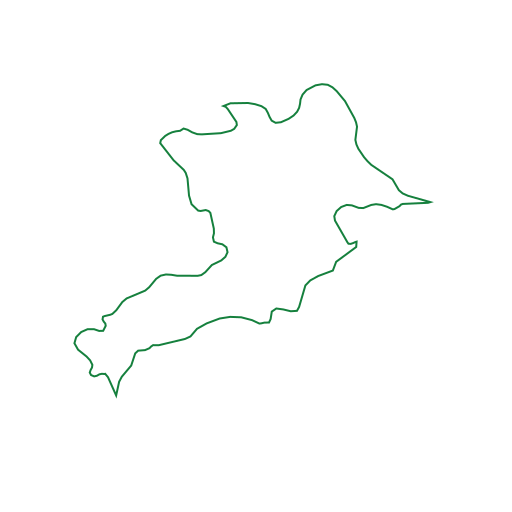 map outline of Lai Chau (Natural Earth projection), rotated 295°
{"feature_id": "VNM-453", "entity_name": "Lai Chau", "entity_type": "Province", "adm_level": 1, "iso_a3": "VNM", "parent_name": "Vietnam", "parent_adm1": "", "projection": "natural_earth1", "projection_center": [103.098, 22.339], "detail": "fine", "context": "isolated", "style": "outline", "palette": "green", "viewbox_px": 512, "rotation_deg": 295, "n_neighbors": 0, "source": "natural_earth", "source_scale": "10m", "svg_char_len": 2356}
<svg xmlns="http://www.w3.org/2000/svg" viewBox="0 0 512 512"><g transform="rotate(295 256 256)"><path d="M366.6,183.3L369.2,181.6L377.2,168.4L378.4,165.6L378.2,163.2L383.6,168.3L391.3,184.1L393.2,191.0L394.1,197.6L393.4,202.6L390.8,206.2L387.8,209.5L385.3,213.0L385.0,217.5L387.8,222.1L394.1,227.6L399.2,230.7L404.1,232.3L408.4,232.5L412.5,231.6L416.7,230.2L422.0,230.0L427.8,231.7L435.8,237.8L439.6,243.2L441.5,248.7L441.2,254.0L439.5,259.5L434.0,271.2L422.6,286.8L419.4,290.2L415.9,292.9L403.2,297.0L399.5,299.9L396.4,303.5L391.2,312.2L389.0,317.1L387.3,322.0L383.2,347.3L376.0,357.7L374.7,362.5L374.8,368.3L378.5,391.2L376.9,389.4L365.2,367.0L363.9,365.7L361.8,365.0L357.1,361.7L356.1,360.3L356.0,353.9L355.3,348.0L353.7,342.9L351.0,338.9L344.8,333.0L343.0,328.7L342.4,321.5L340.6,316.6L336.4,312.5L330.8,310.1L325.2,310.1L321.5,312.6L307.1,333.0L306.2,334.6L307.0,336.7L308.8,338.6L310.7,340.2L311.5,341.1L306.5,343.0L284.6,331.1L275.3,331.8L264.1,320.8L256.8,315.5L250.2,313.2L228.0,316.6L223.6,316.3L220.6,310.8L219.1,303.3L217.0,296.6L212.3,293.8L205.0,295.9L201.2,295.9L199.2,291.8L197.0,289.0L196.2,287.6L196.2,279.5L194.2,268.5L189.9,258.3L184.0,249.5L174.1,239.8L165.1,233.3L155.4,230.6L150.9,226.8L134.0,205.5L131.7,200.4L129.7,199.2L127.4,198.4L123.8,195.2L120.4,189.2L116.7,187.7L104.0,189.2L89.9,185.4L84.2,185.1L70.5,188.2L83.6,173.1L85.5,169.1L85.0,168.5L84.1,166.1L82.6,164.1L80.2,162.4L78.5,160.2L78.4,156.8L80.1,154.6L82.7,154.3L85.6,154.5L88.2,153.7L91.3,149.8L93.3,144.9L95.9,134.3L100.2,128.3L106.5,127.3L113.2,129.7L118.5,134.3L121.2,140.1L121.8,145.5L123.6,149.1L129.2,149.3L131.1,148.0L132.2,145.7L133.7,143.7L136.3,143.0L137.5,144.1L141.2,148.8L142.8,150.3L147.8,152.3L157.8,154.3L162.9,156.7L177.8,170.2L182.6,172.4L193.2,175.2L197.9,177.9L201.2,182.2L203.2,187.2L204.7,192.6L213.4,211.5L215.6,214.5L219.9,216.9L229.2,219.8L237.3,226.4L242.3,228.6L247.4,228.6L251.4,225.5L252.4,220.6L251.3,215.8L251.2,211.8L254.7,209.1L258.8,208.3L263.0,206.2L275.8,196.4L276.7,194.1L276.4,191.0L273.4,186.8L272.7,184.4L275.7,175.7L282.4,169.8L297.4,161.1L301.6,157.2L303.5,154.2L307.9,140.9L317.8,121.5L320.8,120.8L326.5,123.0L329.7,125.1L332.7,127.7L335.2,130.8L337.4,134.3L340.9,136.5L341.5,140.7L341.1,145.9L341.6,151.2L343.3,155.4L352.5,172.3L358.9,180.3L362.0,182.5L366.6,183.3Z" fill="none" stroke="#15803d" stroke-width="2"/></g></svg>